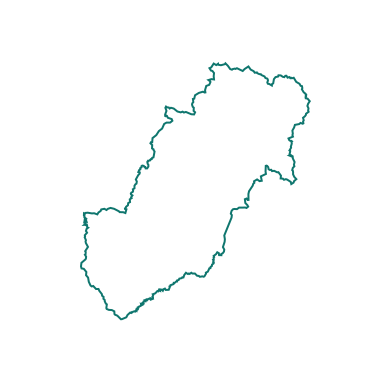 Wiang Sa, Nan, Thailand, rotated 113°
{"feature_id": "78962969B97017444217792", "entity_name": "Wiang Sa", "entity_type": "district", "adm_level": 2, "iso_a3": "THA", "parent_name": "Thailand", "parent_adm1": "Nan", "projection": "albers", "projection_center": [100.768, 18.56], "detail": "fine", "context": "isolated", "style": "outline", "palette": "teal", "viewbox_px": 384, "rotation_deg": 113, "n_neighbors": 0, "source": "geoboundaries", "source_scale": "gbopen_adm2", "svg_char_len": 6062}
<svg xmlns="http://www.w3.org/2000/svg" viewBox="0 0 384 384"><g transform="rotate(113 192 192)"><path d="M62.4,119.1L60.9,122.1L61.3,123.9L60.2,124.6L59.6,124.3L58.1,124.8L58.3,125.2L57.2,125.8L56.6,128.1L54.5,131.0L53.3,131.0L51.6,132.1L51.8,133.5L50.4,135.3L49.9,139.1L47.1,143.0L48.3,144.5L48.1,145.6L48.8,146.0L48.2,147.4L49.4,148.7L48.1,150.5L48.6,151.5L50.2,151.9L50.5,153.5L50.0,155.8L50.8,158.0L52.1,157.9L53.6,160.0L56.1,160.7L60.3,159.7L61.4,160.5L62.8,160.1L62.4,163.0L62.7,164.5L61.7,165.5L59.8,165.6L58.7,166.3L58.2,167.1L58.4,168.9L57.3,170.4L57.2,173.9L56.7,174.6L57.2,176.1L57.1,178.5L56.6,179.0L57.7,180.9L56.7,182.4L56.4,185.8L54.4,189.1L58.2,191.6L60.8,192.6L60.5,199.0L61.7,200.0L61.7,200.8L63.0,202.6L63.8,203.0L63.9,204.9L61.8,208.3L60.5,211.5L61.5,211.7L64.0,214.9L64.6,217.6L63.8,218.1L65.7,219.3L65.3,222.2L69.8,223.0L71.2,224.3L72.8,222.0L72.6,220.5L73.9,218.2L76.9,217.3L79.8,215.7L80.5,218.2L82.5,220.6L83.1,218.3L83.6,218.0L86.6,218.0L88.8,220.3L93.1,219.8L95.1,218.6L95.5,219.2L95.4,221.1L98.1,224.4L101.8,227.0L105.2,226.4L106.0,227.5L108.8,225.9L110.3,226.4L111.6,226.1L113.3,224.6L113.7,223.3L116.7,222.2L117.4,220.3L119.8,220.4L120.7,223.0L120.7,228.9L122.0,230.5L121.7,232.0L123.1,233.5L123.6,236.9L122.3,241.5L122.7,244.3L123.9,245.2L123.3,246.4L123.8,247.9L123.5,249.3L124.9,249.4L127.3,247.2L131.2,247.0L132.5,246.4L132.5,245.9L131.7,245.7L131.7,244.9L133.1,243.2L132.8,239.2L134.1,237.9L136.6,239.2L138.1,242.6L140.2,244.2L145.3,244.3L148.9,246.3L153.6,247.1L157.8,249.4L161.7,248.1L162.2,249.2L163.4,249.3L164.3,247.0L167.5,245.8L167.8,244.0L168.6,243.6L169.3,242.3L175.2,241.0L176.1,242.0L177.4,241.9L177.9,242.8L179.1,242.8L179.3,243.5L180.7,244.2L180.6,244.7L181.8,244.9L183.4,243.8L184.0,242.8L185.6,242.1L187.8,242.5L188.4,243.9L187.2,244.8L187.5,245.6L186.8,246.6L187.1,248.1L188.0,248.6L189.0,248.1L190.4,249.0L191.4,248.4L192.4,249.2L194.6,249.2L194.4,247.7L195.6,247.4L197.5,248.1L202.4,248.6L203.9,246.9L206.0,246.4L207.0,247.1L208.7,247.4L211.1,246.4L212.6,247.5L214.0,246.6L215.1,246.6L216.3,247.6L217.4,247.7L218.1,247.1L218.4,245.5L220.7,246.0L221.2,245.2L223.1,246.4L225.5,245.1L227.1,246.4L229.3,245.8L231.3,246.9L232.5,246.8L233.3,247.3L233.8,247.0L233.6,245.6L237.4,245.1L237.5,247.5L238.8,250.7L238.3,251.8L237.9,257.2L238.5,260.8L240.3,262.8L242.0,263.7L241.7,266.1L243.5,268.7L245.2,268.7L247.4,270.1L249.6,270.4L249.8,273.8L250.8,275.7L251.8,279.9L253.0,282.1L254.3,282.1L254.1,283.0L255.9,282.3L256.2,281.5L257.2,281.3L258.0,278.8L258.4,278.9L258.2,280.3L259.6,279.9L259.2,278.7L260.6,277.4L261.2,279.5L262.1,279.3L261.6,278.2L262.7,277.5L264.3,278.3L263.3,276.2L264.0,276.2L264.0,275.4L265.4,274.7L265.5,273.7L267.0,274.6L269.3,274.4L270.5,272.7L273.7,273.8L274.8,273.0L275.6,273.1L277.8,270.8L279.0,270.7L280.4,269.8L283.2,266.3L288.2,267.2L288.7,266.4L291.1,265.6L291.6,266.0L292.9,264.2L294.5,263.7L295.6,263.7L300.4,266.1L303.9,265.1L305.5,263.8L305.0,261.6L306.9,258.0L310.0,257.0L311.4,254.2L315.0,251.9L317.7,248.9L318.1,247.4L317.1,246.2L318.8,242.4L317.8,240.2L319.2,238.7L321.2,235.1L322.6,234.2L323.1,232.4L324.9,231.8L325.5,230.2L326.7,229.6L328.4,227.7L328.7,226.5L332.3,225.5L333.0,224.8L333.0,222.5L332.0,219.7L332.2,216.9L334.6,215.7L335.0,215.0L335.0,212.4L336.9,207.7L336.4,206.8L333.0,203.5L330.4,203.3L327.3,201.9L327.2,200.9L326.4,200.8L326.5,200.2L325.1,199.4L324.1,198.1L324.3,197.6L323.6,197.2L322.2,197.3L322.4,196.9L321.8,196.9L322.1,196.6L321.0,196.7L320.9,196.1L319.5,196.7L319.4,196.1L318.3,196.1L317.2,195.0L316.2,194.5L315.7,194.8L315.9,194.3L315.2,194.1L315.4,193.7L314.9,193.3L314.6,194.0L313.9,193.6L313.7,194.4L312.6,193.8L312.7,193.3L311.6,193.8L310.6,193.2L310.7,192.0L310.0,192.0L309.8,192.5L309.6,192.0L308.9,192.2L308.5,191.8L309.0,191.0L307.4,190.4L306.7,189.0L307.3,188.0L306.8,187.5L306.9,188.1L306.0,188.6L305.9,187.1L305.3,186.3L304.0,186.9L303.8,187.5L301.8,187.4L301.4,188.1L299.6,186.2L296.7,185.2L296.6,184.2L295.5,184.2L295.5,182.9L294.3,183.8L294.1,183.2L294.6,182.6L293.8,181.9L294.1,181.0L293.6,181.2L293.2,180.7L293.7,180.2L292.5,180.1L291.5,179.2L292.4,177.9L291.1,175.2L288.2,175.3L287.7,175.8L287.0,175.2L286.2,175.4L284.1,173.1L282.9,173.3L282.9,172.7L280.6,171.6L280.2,170.8L279.3,171.2L278.2,169.9L276.7,169.8L275.3,167.8L274.3,167.6L274.0,166.5L271.3,166.7L268.7,166.0L269.1,164.0L268.3,163.1L268.6,162.6L268.0,161.9L266.6,161.1L266.9,159.8L265.9,157.5L267.1,154.6L266.6,153.0L267.0,151.7L265.6,149.5L265.4,148.1L264.7,147.6L261.5,147.2L260.8,147.7L259.1,146.3L255.4,146.2L254.9,145.3L253.6,145.6L252.4,144.8L251.0,145.2L249.3,144.2L248.6,144.3L248.3,145.2L247.1,145.1L246.2,146.1L245.7,145.6L243.9,146.5L243.2,146.2L242.4,147.1L239.9,145.6L237.6,145.2L237.8,143.4L239.5,142.4L238.7,140.3L237.6,140.8L236.4,139.8L234.4,139.3L232.4,139.8L230.6,142.0L225.1,142.5L222.6,143.3L219.4,145.3L200.1,145.6L197.7,146.3L196.8,147.8L194.0,148.2L192.0,147.6L191.1,146.5L190.2,143.9L188.0,142.6L185.5,136.9L185.4,135.6L183.5,134.6L182.5,135.8L181.3,138.6L178.0,140.5L176.7,139.2L177.6,137.7L177.2,136.9L171.8,139.3L169.0,139.8L162.5,138.6L160.4,138.8L159.2,138.2L157.9,139.1L155.0,137.0L155.6,134.0L154.4,132.2L150.7,134.7L146.5,131.0L144.4,132.3L139.1,134.3L138.6,133.7L138.6,133.0L139.3,131.6L141.1,130.4L141.3,129.0L140.6,127.7L141.5,126.5L140.4,124.6L140.6,121.3L140.0,120.2L142.2,116.5L144.9,115.7L144.2,113.6L144.8,112.1L143.5,110.6L143.4,109.2L144.1,105.1L145.9,103.7L143.7,102.2L142.1,102.3L139.4,101.0L138.1,103.8L136.2,105.9L134.2,106.7L132.9,107.6L132.7,108.3L130.4,108.6L128.3,107.8L127.2,108.8L124.3,109.3L121.7,112.3L119.8,113.3L119.8,113.9L120.4,114.2L120.4,116.6L119.4,115.5L119.1,117.0L116.5,117.4L115.8,117.7L115.7,118.5L112.5,118.1L111.7,118.7L108.4,119.1L107.0,120.0L106.4,119.7L106.1,120.5L106.5,121.4L106.3,122.7L105.0,124.1L101.6,120.7L100.4,121.8L98.9,122.0L96.2,123.6L92.7,123.2L90.0,123.5L87.6,119.9L86.0,119.1L85.9,116.8L85.3,116.3L83.7,117.3L82.3,117.2L80.3,118.8L78.3,117.7L76.7,117.3L75.4,117.6L72.6,116.0L71.7,116.9L69.4,117.5L67.7,119.4L65.4,119.6L62.4,119.1Z" fill="none" stroke="#0f766e" stroke-width="2"/></g></svg>